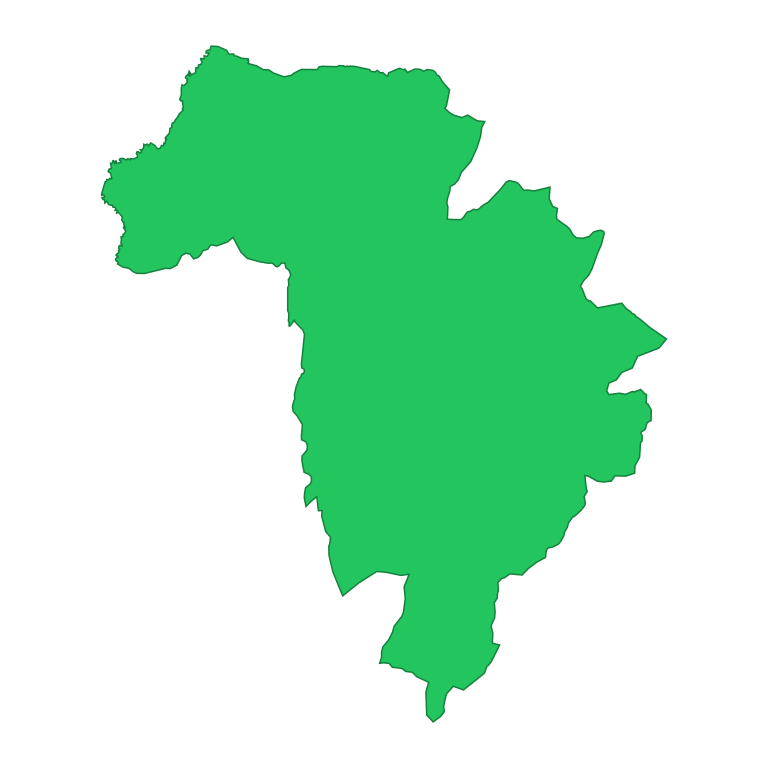 Akwapem South, Eastern, Ghana
{"feature_id": "2480657B26354408705676", "entity_name": "Akwapem South", "entity_type": "district", "adm_level": 2, "iso_a3": "GHA", "parent_name": "Ghana", "parent_adm1": "Eastern", "projection": "natural_earth1", "projection_center": [-0.261, 5.841], "detail": "fine", "context": "isolated", "style": "filled", "palette": "green", "viewbox_px": 768, "rotation_deg": 0, "n_neighbors": 0, "source": "geoboundaries", "source_scale": "gbopen_adm2", "svg_char_len": 6045}
<svg xmlns="http://www.w3.org/2000/svg" viewBox="0 0 768 768"><path d="M546.2,551.1L547.2,548.9L548.5,547.9L552.7,547.0L558.2,544.3L561.1,540.9L563.8,535.6L564.6,532.0L567.2,527.5L568.6,522.7L572.5,517.2L574.8,516.1L581.4,509.9L584.9,505.3L585.3,503.1L584.2,496.4L587.2,491.5L586.3,488.6L584.8,475.6L587.8,475.9L597.3,481.2L603.4,482.0L611.2,481.2L614.9,475.9L625.9,476.1L634.6,473.2L635.0,465.7L639.6,457.3L640.5,442.8L642.0,441.0L642.2,439.5L642.1,435.3L640.9,433.4L640.9,432.3L645.3,429.2L646.8,423.2L649.4,421.2L651.1,420.7L651.2,409.8L647.9,404.1L646.2,403.0L646.5,394.4L645.2,394.2L640.7,389.5L634.5,391.9L632.3,391.5L625.8,394.3L619.5,393.2L608.8,394.6L606.7,390.7L608.9,383.1L616.3,379.9L621.7,372.5L632.3,368.0L637.6,356.3L658.9,348.1L666.5,339.0L649.9,327.5L639.2,318.5L636.1,316.6L634.4,314.3L631.7,313.2L630.8,311.8L626.2,308.6L621.8,303.2L597.5,307.9L590.1,300.7L588.9,301.1L585.9,298.5L582.5,289.7L580.4,286.2L583.6,280.7L588.7,275.2L592.2,268.4L597.3,253.9L601.3,244.7L604.2,233.7L603.7,231.5L600.9,230.3L598.1,230.6L593.5,232.0L589.3,236.4L582.4,238.3L576.3,237.8L573.2,235.1L569.7,229.1L567.4,226.8L556.9,219.2L556.4,215.5L557.5,208.5L552.7,206.4L549.2,198.7L550.0,187.1L534.2,190.9L527.3,190.0L524.2,190.4L522.9,189.5L519.0,184.2L516.5,182.3L509.4,180.6L506.3,181.9L500.3,189.5L488.2,202.2L483.6,204.8L478.3,209.4L476.0,209.9L473.7,209.2L470.7,211.1L467.3,212.0L463.0,217.9L460.8,219.7L447.4,219.3L447.9,206.9L446.9,203.4L447.3,198.9L449.7,191.8L450.3,186.4L454.6,184.1L458.4,179.8L461.3,172.4L470.7,161.7L476.9,147.9L480.6,136.2L481.7,127.5L484.8,121.6L477.1,120.8L467.6,115.1L462.0,117.6L453.6,115.1L449.3,112.5L444.9,108.4L446.4,105.9L449.6,90.0L442.5,81.8L439.1,76.1L436.9,75.0L435.2,72.0L432.9,70.4L427.2,69.5L423.9,71.2L419.9,69.3L414.9,69.0L407.5,72.4L404.9,69.1L404.1,69.8L399.2,68.3L388.5,72.9L387.8,76.2L386.6,76.0L383.0,72.7L380.2,72.7L377.3,70.4L374.9,71.9L370.9,71.4L369.6,69.6L354.7,66.4L349.5,66.1L348.5,66.7L346.9,66.0L345.2,66.7L343.4,65.8L339.1,65.6L337.1,66.7L322.4,66.3L319.2,66.8L317.2,69.6L301.3,69.4L294.3,73.0L290.9,75.5L284.0,76.8L273.8,73.2L268.7,69.8L263.3,69.7L256.6,65.8L248.0,63.5L248.8,61.1L248.1,60.6L248.3,58.9L241.3,58.2L236.5,56.0L234.7,56.0L233.5,53.9L228.9,54.2L226.7,50.4L217.9,46.5L211.1,46.1L209.9,50.2L208.3,50.0L206.2,51.0L206.0,53.1L208.3,52.9L208.9,53.5L207.2,56.5L204.2,55.7L204.0,58.9L200.8,58.5L200.6,59.2L202.1,62.3L200.9,64.4L198.4,65.0L198.3,67.7L195.9,67.9L195.5,72.8L191.5,74.7L189.1,71.3L188.8,72.9L190.1,75.8L189.2,75.8L188.0,74.2L185.6,76.8L185.5,78.0L187.7,79.3L186.9,80.5L187.3,82.5L183.9,85.6L182.1,84.8L181.3,87.8L181.3,95.0L179.7,99.3L180.6,100.9L182.7,101.1L182.5,103.1L183.3,107.3L182.3,108.8L183.2,110.1L179.3,113.8L177.6,117.1L174.9,120.4L174.7,121.9L172.2,123.2L171.6,125.7L171.9,127.3L170.0,128.4L169.3,133.4L165.4,137.5L165.4,138.5L166.6,139.2L165.5,140.0L165.2,143.5L163.9,143.1L163.6,145.7L161.5,145.4L160.3,148.1L158.2,148.9L156.6,147.9L154.9,145.5L150.7,142.9L148.7,145.7L147.1,144.1L145.6,145.1L143.8,144.3L143.7,147.3L142.4,149.7L140.3,149.6L141.5,152.3L139.6,153.1L138.3,151.7L136.8,152.0L136.4,153.8L137.5,155.1L137.3,157.3L133.0,159.1L130.5,158.5L130.0,159.8L127.8,158.6L126.3,160.0L123.4,158.5L120.3,158.5L119.4,159.6L119.6,160.5L121.1,161.0L120.9,162.6L116.3,163.3L116.3,161.1L115.6,161.0L114.6,163.2L113.6,160.6L113.0,160.6L111.9,163.3L111.4,163.9L110.6,163.4L111.5,168.4L109.2,169.1L108.2,171.0L108.4,171.8L110.6,173.2L111.8,178.4L111.3,179.0L109.9,178.3L108.2,179.8L106.7,179.5L106.3,181.4L105.1,181.9L101.5,194.4L102.0,195.6L103.2,194.7L104.3,195.7L104.6,197.0L101.9,198.0L103.1,199.6L104.4,199.6L104.9,203.1L106.9,201.2L108.5,204.3L110.7,205.3L112.4,205.2L113.0,207.2L115.1,207.4L116.0,208.7L115.0,210.2L117.2,210.5L116.6,213.0L118.2,212.2L121.5,215.9L122.3,217.5L121.7,219.8L122.7,221.7L124.0,222.0L123.7,224.2L124.9,226.9L125.0,227.7L123.6,227.2L123.6,228.0L125.8,231.1L124.5,233.5L122.9,234.6L123.0,236.8L121.0,236.9L121.4,239.3L120.9,243.2L121.9,244.1L121.8,246.1L120.4,245.2L119.0,245.9L118.7,248.3L119.8,249.5L118.5,250.6L118.8,252.1L116.0,255.0L116.3,255.7L118.1,256.2L118.1,257.0L117.0,257.3L115.5,259.4L116.4,261.2L117.7,261.7L118.0,262.8L117.5,263.9L122.9,267.1L128.9,268.3L133.2,271.7L136.5,273.3L144.5,273.5L165.7,268.3L170.3,268.6L176.9,265.1L181.7,255.5L185.9,253.3L190.1,254.1L193.6,258.9L197.8,257.5L200.3,255.3L203.0,250.7L207.8,249.2L209.9,245.9L211.5,244.8L216.6,245.9L227.4,242.0L233.0,237.4L241.0,252.3L247.3,258.4L259.8,261.8L268.7,263.3L272.2,263.0L275.5,266.1L277.3,266.8L279.2,265.7L281.6,263.0L284.9,263.2L285.9,267.9L288.8,270.1L290.4,273.7L290.6,275.7L288.3,279.8L288.9,285.3L287.7,287.5L287.7,310.8L288.9,313.7L288.4,321.4L289.0,322.1L289.1,326.0L289.9,326.1L294.3,320.3L294.9,321.8L302.8,330.0L304.5,334.3L301.4,364.2L301.7,367.8L304.2,369.3L304.3,372.0L303.3,373.6L302.1,373.7L301.3,374.8L301.0,376.8L299.5,378.0L296.1,386.8L294.4,395.0L294.8,398.3L292.9,404.2L292.5,407.6L293.3,411.5L297.2,416.0L302.4,424.6L301.4,436.3L301.6,439.8L305.9,441.7L307.4,445.4L307.0,450.1L302.0,456.1L302.0,461.2L304.1,472.3L308.9,474.3L311.3,476.9L311.5,480.8L310.4,483.8L305.6,487.6L304.5,493.6L304.3,497.9L306.0,506.5L311.2,501.2L316.8,496.7L318.4,510.7L322.1,510.6L321.7,516.3L325.7,531.5L330.5,537.3L329.7,543.8L328.8,546.0L329.0,555.3L332.9,571.9L342.7,595.9L358.8,582.9L376.7,571.5L385.8,572.2L400.9,575.4L409.1,574.3L404.1,587.0L405.3,598.4L403.4,612.4L401.9,616.2L394.1,626.4L392.6,631.9L388.8,639.6L382.9,646.9L381.5,652.4L381.6,657.3L379.6,663.3L383.6,662.8L389.1,663.4L392.4,667.3L400.4,668.2L402.1,668.6L405.8,671.5L412.2,672.2L416.9,676.8L428.7,682.3L425.9,692.1L426.7,715.0L433.1,721.9L440.4,716.6L443.8,712.5L444.3,710.9L443.6,706.4L446.4,694.0L453.3,686.3L463.5,689.9L484.3,673.3L486.9,666.3L488.0,665.7L491.5,661.3L499.6,645.0L492.4,643.2L492.8,633.1L491.2,626.6L491.6,624.4L494.6,618.1L495.1,611.9L494.3,602.7L497.2,598.3L497.5,593.2L498.4,590.7L497.9,582.4L501.8,578.4L504.4,577.8L509.9,573.9L522.0,575.0L528.6,568.3L537.0,562.0L545.5,557.4L546.2,551.1Z" fill="#22c55e" stroke="#15803d" stroke-width="1.5"/></svg>